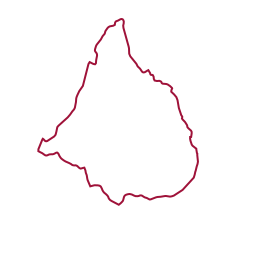 Apurímac, orthographic projection, rotated 42°
{"feature_id": "PER-569", "entity_name": "Apurímac", "entity_type": "Department", "adm_level": 1, "iso_a3": "PER", "parent_name": "Peru", "parent_adm1": "", "projection": "orthographic", "projection_center": [-73.045, -14.013], "detail": "fine", "context": "isolated", "style": "outline", "palette": "rose", "viewbox_px": 256, "rotation_deg": 42, "n_neighbors": 0, "source": "natural_earth", "source_scale": "10m", "svg_char_len": 2857}
<svg xmlns="http://www.w3.org/2000/svg" viewBox="0 0 256 256"><g transform="rotate(42 128 128)"><path d="M131.4,68.7L133.9,68.8L134.4,69.1L134.6,69.9L135.0,70.9L135.5,71.7L135.9,72.1L139.8,72.2L143.3,72.7L146.2,74.2L152.4,79.1L159.1,82.9L160.2,83.1L160.9,83.4L161.7,84.8L162.7,85.1L166.5,85.4L170.0,86.4L170.6,86.8L171.0,87.2L171.6,87.6L172.9,87.8L176.7,87.8L177.9,88.3L179.0,89.5L180.9,92.4L180.2,93.1L181.3,94.4L183.0,95.7L186.5,97.7L187.9,98.0L192.6,97.7L193.1,98.2L196.0,100.5L196.7,100.7L197.5,101.7L202.5,106.2L203.8,108.3L204.8,110.6L206.9,114.5L207.3,115.5L208.8,118.1L210.1,120.9L210.0,137.5L207.3,147.6L206.3,149.4L205.7,150.2L205.1,150.9L201.9,153.0L201.2,153.6L200.6,154.3L198.3,157.2L196.1,159.5L195.2,160.8L192.6,165.9L191.8,166.7L188.6,167.5L187.3,168.2L185.7,168.6L183.7,168.9L182.7,169.4L182.0,170.2L181.5,171.3L180.7,172.3L179.2,173.6L177.7,174.2L175.5,174.8L174.3,175.4L173.2,176.1L172.3,177.2L171.7,178.1L171.2,179.0L170.9,180.0L170.9,181.0L171.2,182.0L172.5,184.5L172.9,185.4L173.0,186.5L172.9,188.9L172.5,191.2L164.7,193.2L162.9,193.5L161.3,193.3L160.2,192.9L159.2,192.3L157.9,192.0L156.2,191.9L153.3,192.0L151.8,191.7L150.6,191.3L149.7,190.8L148.8,190.4L146.9,189.7L145.5,189.9L143.8,190.9L141.3,193.1L139.0,196.6L133.0,193.8L131.9,193.1L128.9,190.7L126.6,189.5L124.7,188.0L122.1,186.7L121.4,187.6L120.5,189.1L119.9,189.9L119.0,190.2L117.8,190.3L116.2,190.2L115.2,190.3L114.2,190.7L112.9,191.9L112.2,192.4L111.3,192.8L109.8,192.9L107.8,193.4L103.9,194.7L101.7,195.1L99.5,195.3L98.5,195.3L97.4,195.1L95.9,194.7L93.8,193.8L92.8,193.6L91.9,193.6L91.3,194.2L90.9,195.1L90.6,196.1L90.2,197.0L89.7,197.8L87.7,199.7L87.1,200.5L86.3,202.3L85.7,203.1L84.9,203.6L84.0,203.8L81.1,204.1L78.6,204.8L76.9,205.2L75.6,203.7L72.0,193.7L71.9,193.0L72.8,192.9L75.0,193.1L76.0,192.7L76.7,191.7L78.8,183.7L78.7,181.5L77.2,178.6L74.9,174.7L74.8,173.0L75.4,167.1L76.1,160.5L76.0,156.8L75.5,152.8L75.5,151.3L75.4,150.0L74.9,148.4L72.0,143.6L69.7,140.6L69.0,139.2L68.3,137.2L67.1,133.2L66.3,126.9L55.8,106.9L55.4,104.7L59.3,103.6L60.3,103.1L60.9,102.6L60.8,101.3L58.9,98.8L56.8,95.3L56.3,94.6L55.6,94.0L54.8,93.5L53.8,93.3L52.3,93.0L51.5,92.5L50.8,91.5L49.4,88.5L49.0,87.0L48.6,80.4L47.7,76.8L47.6,73.5L46.6,71.6L46.3,70.7L45.9,67.3L46.0,66.0L46.5,64.6L48.5,62.0L49.2,60.2L47.9,58.3L47.7,57.3L47.8,56.5L48.7,54.9L49.4,52.8L49.8,51.9L50.4,51.2L51.3,50.8L52.4,51.0L53.5,51.6L54.7,53.0L55.9,55.1L57.7,56.7L73.9,67.0L75.4,68.1L79.2,72.0L81.8,73.2L90.7,74.6L91.6,74.8L93.5,75.6L94.6,75.8L96.2,75.8L97.4,75.9L100.6,76.7L101.6,76.7L102.5,76.2L103.2,75.2L104.0,72.4L104.4,71.4L107.7,72.4L108.5,73.0L109.2,73.2L109.9,72.9L110.5,72.3L111.1,72.1L112.8,72.8L114.3,74.2L116.0,74.9L118.1,73.7L119.7,72.0L120.4,71.7L121.6,71.4L122.0,71.5L123.0,72.0L123.5,72.0L123.9,71.9L124.2,71.8L127.0,69.7L128.3,69.1L131.4,68.7Z" fill="none" stroke="#9f1239" stroke-width="2"/></g></svg>